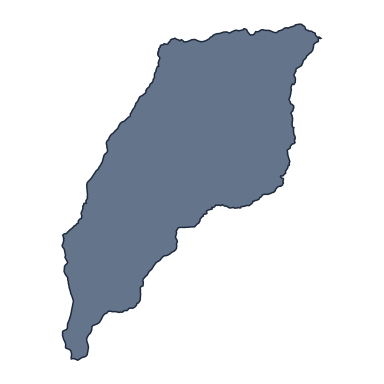 San Pablo, Cajamarca, Peru, rotated 177°
{"feature_id": "86281439B29133878873300", "entity_name": "San Pablo", "entity_type": "district", "adm_level": 2, "iso_a3": "PER", "parent_name": "Peru", "parent_adm1": "Cajamarca", "projection": "mercator", "projection_center": [-78.748, -7.04], "detail": "fine", "context": "isolated", "style": "filled", "palette": "slate", "viewbox_px": 384, "rotation_deg": 177, "n_neighbors": 0, "source": "geoboundaries", "source_scale": "gbopen_adm2", "svg_char_len": 5976}
<svg xmlns="http://www.w3.org/2000/svg" viewBox="0 0 384 384"><g transform="rotate(177 192 192)"><path d="M326.5,43.7L326.2,42.8L325.7,42.4L324.3,42.0L322.6,41.1L321.3,39.7L320.8,37.3L320.8,35.3L321.3,33.5L321.3,31.6L319.5,31.9L318.4,31.7L314.8,30.0L310.7,32.4L307.6,33.1L305.9,34.0L305.1,35.3L303.5,42.3L303.9,45.1L304.7,47.9L305.0,50.5L304.0,52.9L302.7,54.8L300.7,56.6L299.5,59.2L298.8,63.0L298.1,63.7L293.4,65.3L291.3,66.6L289.0,69.9L287.7,72.5L286.2,74.2L285.4,74.9L283.5,75.5L282.2,76.9L281.5,77.2L280.4,77.4L277.7,76.6L274.9,76.6L271.3,75.6L269.3,75.8L268.1,75.6L267.2,76.0L265.8,77.1L263.2,77.0L261.7,78.2L260.9,79.1L260.2,79.3L257.2,79.0L254.7,80.4L253.4,81.9L252.8,83.6L251.2,84.1L249.4,86.6L248.6,93.5L249.0,95.3L248.5,96.1L248.7,97.8L248.5,99.2L248.0,100.1L245.8,100.9L245.3,104.7L245.8,106.5L245.3,107.6L242.3,110.6L241.2,111.3L239.3,114.4L238.3,115.5L236.5,116.7L234.0,120.4L231.3,123.6L227.7,125.4L225.2,128.2L223.2,129.7L220.5,129.9L218.6,130.6L216.6,131.8L215.0,133.1L213.1,133.8L212.2,134.4L210.9,135.8L210.4,136.7L210.1,139.0L210.2,141.4L209.2,143.0L209.5,144.7L210.7,147.1L210.8,148.0L209.6,151.6L209.6,152.7L209.9,153.5L207.8,156.8L206.0,157.3L201.2,157.0L193.1,157.2L191.7,157.0L191.1,157.2L188.6,159.7L187.1,160.4L186.4,161.3L186.2,162.0L185.5,162.7L185.4,164.4L183.0,167.0L182.0,167.3L181.9,168.6L181.0,169.3L179.2,169.3L178.2,169.9L178.6,172.2L176.4,173.3L173.0,173.8L172.6,174.5L172.8,175.4L172.4,175.3L170.3,176.0L168.7,177.8L167.1,177.3L166.2,177.5L163.9,176.9L162.5,177.8L160.3,176.3L157.9,175.9L156.5,174.7L154.9,174.0L151.6,174.4L150.1,173.6L147.8,173.7L146.7,174.0L144.8,173.5L144.2,173.7L144.0,174.4L143.2,174.8L140.4,175.0L138.0,175.7L135.7,175.4L132.9,177.3L132.0,178.5L131.7,179.5L130.8,179.4L129.8,180.1L127.4,180.5L125.6,181.2L124.5,182.9L123.2,183.5L121.5,185.6L119.7,185.9L116.4,185.7L113.9,186.3L112.6,187.0L110.2,187.5L109.9,188.2L108.8,188.8L108.3,190.3L106.7,192.2L104.9,193.1L102.9,193.1L102.7,193.5L101.3,194.2L100.8,195.5L100.2,196.2L100.7,198.0L100.0,199.5L100.0,200.1L100.3,200.8L101.8,201.3L102.8,202.5L102.9,203.1L102.4,203.5L101.0,203.3L100.0,203.5L98.9,205.0L97.6,205.7L97.5,207.9L95.1,211.1L94.8,212.9L93.5,213.6L93.3,213.9L93.4,216.0L92.7,217.2L94.1,222.6L94.2,223.7L94.8,225.1L94.4,225.4L94.7,228.9L91.9,230.5L91.5,231.1L91.7,231.9L90.2,234.0L89.3,234.6L87.4,235.1L86.5,235.9L86.9,237.2L86.9,238.8L86.8,239.3L86.2,239.6L86.1,241.1L86.4,242.6L87.3,244.3L87.4,247.2L87.4,249.5L86.9,250.9L87.4,251.0L88.1,251.7L88.5,252.9L88.3,256.1L87.8,258.6L87.7,260.9L88.0,261.6L88.0,263.0L89.1,265.4L88.5,266.5L86.9,267.9L86.8,269.2L86.0,270.5L85.9,272.3L86.1,272.9L87.6,274.3L89.0,275.1L89.0,276.4L90.4,279.3L90.3,279.7L89.5,280.6L89.7,281.1L88.8,282.8L88.7,284.1L88.1,285.1L88.1,286.9L87.4,288.3L87.7,291.3L86.3,294.5L85.9,294.6L85.0,294.0L84.5,294.1L83.1,296.3L82.8,300.0L83.4,301.8L84.0,302.6L84.1,303.9L83.0,305.3L82.4,306.9L82.0,306.9L81.8,308.9L81.3,309.7L76.3,312.4L75.6,313.1L75.7,313.6L74.8,314.8L74.0,317.4L71.3,319.7L70.1,322.1L68.9,322.8L67.6,324.1L65.8,325.2L64.1,327.2L63.1,330.5L62.8,332.9L60.5,334.8L58.0,335.7L57.9,336.0L57.9,338.5L57.6,338.9L57.1,339.0L55.8,338.5L55.2,338.7L56.7,340.0L58.8,340.1L60.4,342.0L60.7,344.0L61.0,344.4L62.9,345.2L64.1,346.3L66.9,346.6L67.4,347.3L69.4,347.9L70.0,348.6L70.8,351.2L73.9,353.7L75.6,354.0L79.4,353.6L80.1,353.4L81.4,352.2L82.9,352.1L87.5,350.7L89.0,351.1L91.3,350.7L93.0,349.4L95.4,348.6L97.1,348.3L98.4,347.2L99.9,346.7L101.8,347.1L106.3,349.3L110.4,349.6L112.9,350.4L114.6,350.2L117.3,348.6L120.0,348.8L121.5,346.6L122.9,345.8L125.6,345.8L128.0,348.9L128.9,351.2L130.2,352.0L131.4,352.3L131.7,352.3L132.4,351.3L136.2,350.6L137.3,350.6L138.8,351.2L140.2,351.2L143.4,350.1L146.2,348.7L147.9,349.6L149.2,350.0L151.7,350.1L156.8,348.7L158.1,348.9L160.9,348.2L162.5,347.5L164.1,346.0L165.5,345.6L166.8,344.1L170.6,342.2L174.4,341.5L177.2,342.2L181.2,344.2L184.2,344.1L188.9,342.4L191.9,342.2L193.4,343.8L194.5,344.6L195.3,344.4L196.4,343.7L197.2,344.5L199.4,345.3L201.0,346.5L202.7,345.8L203.7,345.9L205.5,345.0L205.8,343.9L207.8,342.3L208.0,341.4L208.7,340.9L210.3,340.9L212.0,341.6L213.2,340.5L215.0,340.4L216.0,339.7L216.3,338.1L217.6,336.9L217.8,334.8L218.7,333.6L218.3,332.8L218.8,332.4L219.0,331.6L218.9,330.6L218.1,329.2L217.4,328.6L217.2,326.8L218.1,325.1L219.0,322.7L218.7,321.3L218.9,320.4L218.6,319.3L220.0,319.0L221.5,315.7L221.9,313.9L223.1,312.5L223.5,310.5L223.4,308.8L224.2,307.2L224.8,306.6L225.3,304.2L226.3,303.5L226.5,302.7L228.0,302.1L229.2,299.3L231.5,297.6L232.8,295.6L232.7,294.5L233.2,293.4L236.7,290.9L238.8,290.0L239.6,289.2L241.4,285.6L243.5,283.4L243.8,282.5L243.9,281.6L244.5,280.9L244.9,279.6L247.1,277.0L248.4,274.6L249.4,273.4L249.8,270.9L251.8,269.8L256.1,266.1L258.3,265.6L259.9,264.4L261.2,262.6L262.8,259.3L265.8,256.9L267.4,255.0L268.7,254.3L270.2,253.1L271.9,250.6L272.5,248.6L273.5,248.2L274.5,246.8L275.0,245.5L274.9,243.9L274.4,242.6L274.8,241.4L274.4,240.4L274.2,237.2L274.7,236.3L276.1,234.9L277.1,234.3L277.9,233.3L280.2,226.2L280.9,225.6L281.6,224.0L283.5,221.7L284.4,219.8L286.5,218.3L291.9,210.9L296.1,206.9L296.8,204.1L296.5,194.2L296.9,192.5L296.6,191.2L298.4,188.9L298.2,188.3L298.7,187.0L298.3,186.4L300.5,186.2L301.0,184.5L301.8,183.6L301.8,181.9L302.2,180.1L303.7,177.2L303.8,175.7L303.3,174.1L303.8,171.5L305.4,170.9L307.0,169.2L307.4,166.6L308.7,166.3L309.9,164.9L311.2,164.5L313.3,162.3L315.9,160.6L318.8,158.0L319.2,157.3L321.7,156.8L322.9,156.2L323.4,155.4L322.7,154.3L322.9,153.1L322.3,152.3L322.8,151.5L322.5,150.3L322.9,149.7L323.2,148.0L324.4,145.8L324.4,144.6L323.7,143.2L323.0,142.4L322.5,141.1L321.6,135.3L322.3,133.4L319.9,128.5L320.4,127.1L322.0,126.0L323.2,124.4L323.9,119.2L322.7,116.2L320.6,113.0L320.7,110.6L320.2,109.3L320.3,107.5L319.7,104.5L319.6,102.5L318.9,100.2L318.3,96.8L317.1,93.4L316.1,89.3L319.6,75.4L321.5,70.2L323.1,67.1L323.6,62.6L324.5,61.3L328.0,59.9L328.5,59.4L328.8,55.6L327.9,51.5L327.1,50.0L326.3,47.6L326.1,46.1L326.5,43.7Z" fill="#64748b" stroke="#1e293b" stroke-width="1.5"/></g></svg>